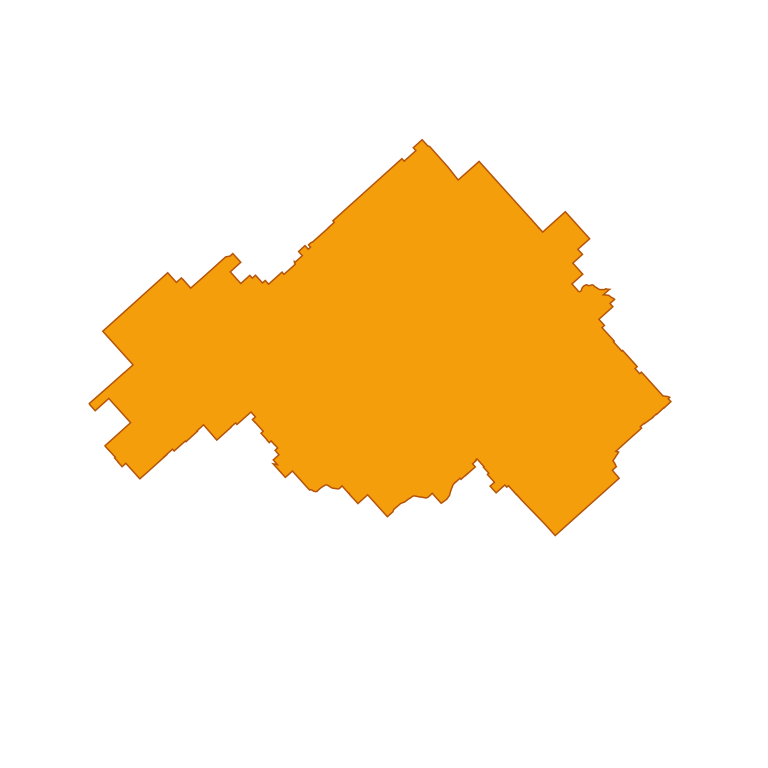 Bridgetown-Greenbushes, Western Australia, Australia (Mercator projection), rotated 138°
{"feature_id": "25037944B12129239120455", "entity_name": "Bridgetown-Greenbushes", "entity_type": "district", "adm_level": 2, "iso_a3": "AUS", "parent_name": "Australia", "parent_adm1": "Western Australia", "projection": "mercator", "projection_center": [116.17, -33.991], "detail": "fine", "context": "isolated", "style": "filled", "palette": "amber", "viewbox_px": 768, "rotation_deg": 138, "n_neighbors": 0, "source": "geoboundaries", "source_scale": "gbopen_adm2", "svg_char_len": 5895}
<svg xmlns="http://www.w3.org/2000/svg" viewBox="0 0 768 768"><g transform="rotate(138 384 384)"><path d="M358.2,156.8L342.7,156.8L272.3,156.6L272.0,167.1L266.6,167.1L266.6,167.7L266.5,168.0L266.2,168.7L266.0,168.9L266.0,169.6L265.7,170.2L265.6,170.6L265.6,170.9L265.6,171.3L265.5,171.5L265.3,172.8L265.3,173.4L265.3,173.7L255.2,176.4L256.7,178.8L243.3,178.9L233.8,178.9L226.0,178.8L222.1,178.9L222.2,180.8L217.2,180.8L217.2,180.3L206.7,179.2L206.7,179.4L201.7,179.5L201.7,179.0L192.0,179.1L192.0,178.8L182.6,178.9L182.6,182.8L180.6,182.9L181.5,184.7L181.9,185.3L183.2,186.7L183.5,187.0L183.9,187.5L184.5,188.4L184.7,188.5L184.7,215.7L184.8,220.6L187.1,220.6L187.1,227.5L184.2,227.5L184.2,249.3L185.3,249.3L185.3,261.8L184.2,261.8L184.3,280.0L181.0,280.0L181.0,288.3L162.2,288.3L162.2,292.6L156.0,292.6L156.2,294.1L157.0,296.0L157.7,299.6L160.4,302.6L161.3,303.5L153.9,303.5L153.1,303.4L153.6,303.9L154.2,304.6L154.5,304.8L154.7,305.2L154.8,305.3L155.0,305.6L155.3,306.1L155.4,306.3L155.5,306.3L155.8,306.5L156.0,306.6L156.5,306.5L157.0,306.7L157.3,306.9L157.5,307.0L157.8,307.3L158.7,308.2L159.5,308.9L160.3,309.6L160.5,309.8L160.7,310.3L161.1,311.5L161.5,312.9L161.7,313.9L162.1,314.9L162.3,315.2L162.3,315.4L162.3,315.7L162.3,316.2L162.3,316.6L162.2,316.9L162.3,317.2L162.5,317.8L163.0,318.3L163.3,318.6L164.0,318.9L164.7,319.3L165.8,319.9L166.3,320.4L166.5,320.7L166.6,320.9L166.8,321.7L166.8,321.9L166.9,322.1L167.0,322.2L167.3,322.3L167.9,322.6L168.8,322.9L169.9,323.1L170.4,323.2L171.1,323.1L172.0,322.9L172.4,322.8L172.7,322.7L173.4,322.4L173.8,322.2L174.2,321.9L174.8,321.5L175.0,321.4L175.6,321.3L176.1,321.5L176.9,321.8L177.3,322.3L177.6,322.9L177.4,324.0L177.4,332.6L162.8,332.6L162.8,347.5L149.8,347.5L149.8,354.4L134.0,354.3L134.0,390.7L164.4,390.7L164.4,391.9L164.4,396.5L164.6,396.5L164.5,396.8L164.5,397.3L164.5,397.6L164.6,397.8L164.5,398.2L164.5,398.5L164.4,398.9L164.4,399.0L164.5,399.3L164.5,399.7L164.5,399.8L164.5,400.0L164.5,400.3L164.4,400.5L164.4,400.9L164.4,401.4L164.4,401.6L164.4,401.8L164.4,402.0L164.4,402.9L164.4,403.2L164.5,404.1L164.5,404.5L164.5,404.8L164.4,405.2L164.3,405.4L164.4,406.1L164.4,406.3L164.4,406.6L164.4,406.9L164.3,407.2L164.3,407.6L164.2,407.9L164.3,408.1L164.4,408.3L164.4,485.8L183.9,485.9L192.4,486.0L191.3,502.3L191.2,528.3L191.2,530.0L191.3,530.1L191.5,530.4L191.6,530.5L191.7,530.8L191.8,530.9L191.9,531.1L192.1,531.4L192.2,531.6L192.2,531.8L192.2,540.0L204.1,540.0L204.1,536.1L219.9,536.1L219.9,539.5L296.4,539.5L306.2,539.5L311.5,539.5L312.8,539.5L312.8,537.4L320.6,537.4L320.6,537.2L342.1,537.3L343.7,537.9L347.0,537.9L347.0,534.9L350.1,534.8L350.1,539.7L358.8,539.6L358.8,534.0L368.4,534.0L368.7,534.7L368.7,534.9L368.7,535.0L368.8,534.9L369.4,533.9L369.6,532.4L384.9,532.4L384.9,535.4L392.4,535.4L392.6,535.4L403.0,535.4L403.0,540.4L406.7,540.4L406.7,550.8L411.0,550.8L411.0,554.5L423.2,554.5L423.2,570.2L409.0,570.3L409.1,582.1L412.9,582.1L416.6,584.4L445.8,584.4L463.5,584.6L463.4,596.2L463.6,596.2L463.6,598.4L470.3,598.4L470.3,603.1L470.3,604.1L470.3,611.4L557.7,611.4L557.7,603.3L557.7,566.1L570.1,566.2L569.7,566.3L587.7,566.4L616.1,566.7L616.5,565.2L616.5,557.4L598.2,557.4L598.2,524.8L632.7,524.8L632.9,523.1L632.7,515.2L632.7,509.3L633.7,509.3L633.7,504.0L633.9,504.0L634.0,497.8L631.5,497.8L630.2,497.8L628.9,497.8L628.9,492.0L628.9,484.3L628.9,484.0L628.9,482.8L628.9,476.9L619.1,476.8L594.4,476.8L594.9,477.1L584.8,477.1L584.8,474.6L569.8,474.6L569.8,473.6L554.2,473.7L554.2,474.3L545.4,474.4L545.8,454.2L526.6,454.2L526.6,454.5L520.4,454.4L520.4,452.3L501.6,452.2L501.6,445.6L505.6,445.6L505.6,441.8L505.4,441.8L505.4,429.7L508.3,429.7L508.3,420.9L508.5,420.7L508.5,417.2L506.0,417.2L506.0,412.1L505.8,412.1L505.8,407.6L509.3,407.6L509.4,403.7L509.4,401.7L517.1,401.7L517.2,395.4L519.8,398.9L519.8,380.6L510.3,380.6L510.3,355.8L510.2,354.9L509.7,354.9L509.3,354.6L509.0,354.3L508.7,353.8L508.6,353.4L508.4,353.0L508.3,352.3L508.1,351.8L508.0,351.4L507.8,351.2L507.7,351.2L507.5,350.8L507.3,350.4L507.1,350.0L506.7,349.6L506.4,349.4L505.9,349.2L505.3,349.0L505.2,349.1L504.2,349.1L502.6,349.1L501.7,349.1L500.9,349.1L499.7,349.0L497.9,348.7L496.0,348.3L495.2,348.1L494.6,347.8L494.1,347.3L493.6,346.5L493.5,346.0L493.3,345.4L493.0,344.3L492.8,343.4L492.8,343.0L491.8,340.8L490.7,339.6L490.4,339.2L489.4,338.0L488.4,336.9L488.0,336.6L487.8,336.4L487.6,336.4L486.7,336.2L485.0,336.2L484.1,336.3L483.4,336.4L483.4,336.1L483.4,325.9L483.1,325.9L483.5,325.0L483.5,324.8L483.5,321.6L483.5,320.4L483.4,320.1L483.4,312.6L470.3,312.6L470.3,283.1L463.2,283.1L462.9,283.1L462.5,283.3L461.7,283.8L461.1,284.0L460.5,284.2L459.9,284.3L459.4,284.3L459.2,284.3L457.5,284.2L456.1,284.1L454.6,284.1L453.8,284.1L452.5,284.1L451.9,284.1L451.3,283.9L450.6,283.7L449.7,283.4L448.5,282.8L447.8,282.5L447.3,282.5L446.4,282.4L445.2,282.3L443.8,282.2L443.6,282.2L443.2,282.2L442.4,282.0L441.9,281.9L440.8,281.7L440.1,281.5L438.6,281.5L437.9,281.4L437.3,281.2L436.9,281.0L436.6,280.7L436.2,280.4L433.3,276.5L432.9,275.9L432.0,275.0L431.7,274.7L431.1,274.0L430.5,273.2L430.2,272.7L429.5,271.8L429.0,271.3L428.5,271.0L428.0,270.7L427.5,270.5L427.0,270.4L426.5,270.4L425.8,270.4L424.7,270.4L423.6,270.4L422.6,270.5L421.9,270.5L421.5,270.6L421.3,270.6L421.3,258.9L421.3,257.1L420.4,257.0L420.0,256.9L418.7,256.8L414.8,256.4L414.4,256.4L414.1,256.4L413.7,256.5L412.9,256.7L412.1,256.9L411.1,257.1L410.6,257.2L410.1,257.3L409.6,257.5L409.2,257.8L408.8,258.0L408.1,258.6L407.7,258.9L406.8,259.4L403.9,261.0L402.0,261.9L400.7,262.6L400.0,262.9L399.4,263.0L398.4,263.1L397.6,263.2L397.1,263.3L397.1,263.1L390.6,263.1L390.6,261.6L383.0,261.6L383.3,261.4L371.6,261.3L371.6,265.4L366.9,265.4L366.9,266.1L365.0,266.1L365.0,255.7L365.8,255.7L365.8,247.6L367.7,247.6L367.7,237.1L373.5,237.1L373.5,228.1L361.8,228.1L361.8,225.2L359.6,225.2L359.6,213.1L359.4,213.1L359.4,205.5L358.2,172.4L358.2,156.8Z" fill="#f59e0b" stroke="#b45309" stroke-width="1.5"/></g></svg>